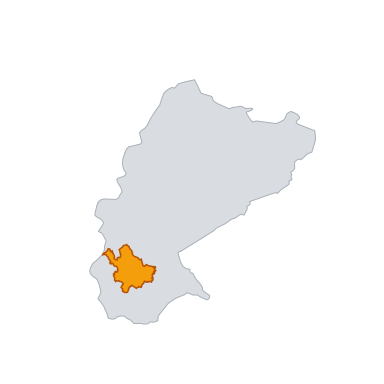 location of Houet, Houet, Burkina Faso, rotated 329°
{"feature_id": "67063806B93880456931202", "entity_name": "Houet", "entity_type": "district", "adm_level": 2, "iso_a3": "BFA", "parent_name": "Burkina Faso", "parent_adm1": "Houet", "projection": "orthographic", "projection_center": [-4.215, 11.389], "detail": "fine", "context": "in_parent", "style": "filled", "palette": "amber", "viewbox_px": 384, "rotation_deg": 329, "n_neighbors": 0, "source": "geoboundaries", "source_scale": "gbopen_adm2", "svg_char_len": 8283}
<svg xmlns="http://www.w3.org/2000/svg" viewBox="0 0 384 384"><g transform="rotate(329 192 192)"><path d="M278.1,235.4L269.2,235.9L266.0,236.9L264.0,237.0L264.0,236.1L263.7,235.7L252.4,233.1L244.5,231.6L236.5,229.9L236.1,231.6L234.9,232.7L233.2,232.8L232.0,232.5L231.2,233.9L229.9,235.6L228.1,236.5L226.3,237.6L225.3,238.5L224.5,238.5L222.7,236.4L220.2,236.2L215.7,236.6L213.6,236.0L210.8,235.7L204.2,236.3L193.7,235.5L192.0,236.0L191.5,236.4L181.1,236.6L169.6,236.8L159.9,236.9L151.5,237.1L151.5,236.7L148.8,236.6L148.5,237.4L146.1,246.2L145.9,251.0L147.2,254.0L148.6,255.9L150.2,256.7L150.4,257.7L149.1,259.1L149.2,260.5L150.7,262.0L151.1,263.5L150.4,265.1L150.6,269.0L151.7,275.1L151.8,279.1L150.7,280.9L151.2,284.0L153.3,288.4L153.7,290.3L153.0,291.1L151.2,292.3L149.5,292.3L147.4,289.6L146.5,288.4L144.9,285.8L143.5,283.0L141.6,281.9L139.7,280.8L137.4,277.3L135.2,275.7L132.9,276.2L129.6,275.6L122.8,274.7L115.5,275.0L112.4,275.8L109.5,277.0L101.9,279.8L98.9,281.2L96.6,284.6L94.0,284.5L91.4,283.4L89.8,281.9L86.4,282.2L83.0,280.7L79.8,277.7L77.4,276.7L74.4,274.5L73.5,270.4L71.6,267.5L69.9,263.5L67.3,261.7L64.2,260.7L60.1,260.9L57.3,259.3L55.2,256.9L55.7,254.9L56.7,252.0L56.8,249.2L57.5,244.7L57.1,239.0L56.4,235.1L58.7,233.5L61.4,232.0L63.0,229.3L64.8,223.3L65.5,218.2L65.0,216.2L64.1,214.7L63.4,212.5L63.0,209.7L63.5,207.3L65.5,205.1L68.1,203.3L69.8,202.4L74.6,201.5L80.5,200.2L83.9,198.6L86.4,197.1L87.8,195.8L89.2,193.3L91.5,191.3L93.3,189.4L93.5,183.9L93.5,180.7L92.2,179.0L91.5,177.5L100.3,173.2L100.3,170.2L99.1,166.8L97.4,164.1L96.8,161.7L99.2,159.0L101.3,156.9L102.9,155.1L106.3,152.4L109.9,151.7L113.1,152.7L122.7,159.0L124.4,159.4L126.4,159.0L128.9,157.3L132.1,156.0L133.3,151.7L133.2,145.5L133.9,142.6L135.6,142.1L141.1,143.3L142.6,143.3L144.2,142.9L145.3,141.8L145.2,139.8L145.0,138.0L146.7,132.2L150.0,127.8L156.5,122.4L158.6,121.3L161.0,120.7L172.8,124.4L174.7,123.4L177.5,114.1L180.7,113.2L184.5,113.0L187.0,112.2L188.3,111.6L193.8,108.0L203.6,103.1L208.9,101.0L209.9,100.2L213.7,96.8L218.7,92.9L221.9,92.0L226.3,91.7L229.1,92.3L229.9,93.4L230.8,93.9L236.5,92.2L244.9,94.7L252.1,97.2L251.7,98.9L251.7,101.8L251.2,106.4L250.6,111.9L253.6,115.4L257.2,119.2L258.2,120.6L257.3,124.4L258.0,126.6L260.0,130.3L263.3,134.9L266.6,139.7L268.9,140.3L271.1,140.6L272.4,141.5L274.4,142.3L276.3,142.8L278.0,143.8L279.1,144.8L280.5,147.8L284.3,149.7L286.9,151.6L285.9,152.6L282.6,152.2L279.6,151.4L279.2,152.9L279.2,158.3L279.8,162.8L280.5,163.4L283.6,164.2L291.0,170.0L297.7,175.4L299.9,176.8L303.6,177.3L307.7,177.5L309.4,176.9L313.3,174.0L315.4,173.7L317.3,173.7L318.4,174.1L320.3,176.4L322.2,179.8L322.8,182.4L322.6,183.7L322.0,184.3L318.8,185.0L317.4,185.6L317.1,186.3L317.6,188.0L318.3,189.1L322.0,194.0L327.2,200.7L328.8,202.4L328.0,204.4L325.5,209.7L323.6,212.0L315.2,219.6L310.9,218.8L302.0,220.5L300.7,218.8L298.6,218.6L296.0,219.0L295.1,219.6L294.8,220.4L293.9,221.4L292.4,224.4L291.1,225.2L289.5,225.7L287.6,225.7L286.5,226.1L286.5,227.5L286.2,228.8L284.9,229.5L284.3,230.9L284.5,232.3L283.7,233.0L282.0,232.7L281.0,232.3L280.1,234.1L279.0,235.4L278.1,235.4Z" fill="#d9dde1" stroke="#a8b0b8" stroke-width="1"/><path d="M109.0,203.5L108.1,203.4L107.3,203.1L106.4,202.8L105.3,202.7L105.0,202.7L104.8,202.8L104.3,203.3L104.1,203.4L101.8,203.6L99.9,203.9L99.5,206.0L99.4,206.4L99.0,206.9L98.9,207.8L99.0,208.2L98.9,208.2L98.9,208.4L98.8,208.5L98.6,208.8L98.4,208.9L98.3,209.2L98.2,209.2L98.1,209.6L98.1,209.8L97.8,210.3L97.4,210.5L96.9,210.9L96.6,210.9L96.4,211.1L96.2,211.1L96.0,210.8L95.8,210.5L95.7,210.3L95.4,210.3L95.1,210.1L94.7,210.1L94.3,210.0L94.0,210.0L93.8,210.2L93.6,210.7L93.3,210.9L93.0,211.3L92.8,211.6L92.0,211.0L91.4,210.5L91.3,210.2L91.3,209.9L91.1,208.9L91.1,208.5L91.2,208.4L91.3,208.4L91.5,208.3L91.8,208.0L92.2,207.8L92.3,207.6L92.5,206.7L92.6,205.6L92.6,204.7L92.7,204.4L92.9,204.0L92.8,203.9L92.5,203.7L92.8,203.1L92.7,202.7L92.5,202.4L93.0,202.2L93.3,201.4L93.0,201.3L92.5,201.1L92.1,201.2L91.6,201.2L91.5,200.9L91.7,200.3L91.7,200.0L92.0,199.5L92.2,198.9L92.1,198.6L91.8,198.1L91.6,198.0L90.9,197.5L90.4,197.7L90.1,198.2L89.5,198.7L88.7,198.7L88.2,198.7L87.9,198.8L87.1,199.3L86.3,199.3L86.1,199.3L85.8,199.3L85.6,199.1L85.3,199.4L85.0,199.4L84.5,199.3L84.0,199.3L83.7,199.5L83.3,199.9L83.7,200.0L84.1,200.2L84.6,200.5L85.7,201.0L85.9,201.3L85.9,201.9L86.5,204.8L86.1,207.4L86.3,208.3L86.6,209.5L86.3,209.8L86.2,210.2L85.2,210.1L85.1,210.5L85.1,211.7L85.2,211.8L87.0,212.2L87.3,212.5L87.4,212.8L87.2,213.5L87.2,214.0L87.2,215.0L87.3,215.4L87.7,215.9L88.9,216.7L89.0,216.8L89.1,217.1L88.9,218.5L89.0,219.4L88.6,220.3L88.1,220.4L87.9,220.6L87.8,221.0L87.8,221.4L86.8,222.0L86.7,222.0L86.3,221.8L86.2,221.3L86.0,221.2L85.9,220.9L85.6,220.8L85.3,220.6L85.0,220.8L85.0,221.1L84.9,221.0L84.2,221.2L84.0,221.5L83.8,221.6L83.6,221.8L83.4,221.8L82.9,221.9L82.9,222.1L82.9,222.3L82.8,222.2L82.8,222.4L82.6,222.4L82.6,222.6L82.3,222.7L82.4,222.8L82.3,223.1L82.1,223.1L81.8,223.4L81.7,223.5L81.5,224.1L81.5,225.3L81.5,225.6L80.8,227.0L80.2,227.7L80.3,228.4L80.8,228.7L80.9,229.2L81.1,229.4L81.0,229.5L81.5,229.5L81.7,229.4L82.7,230.3L83.2,230.3L83.7,230.5L83.9,230.7L83.9,231.1L83.9,231.4L84.4,231.9L84.8,232.1L85.2,232.6L85.8,234.1L85.7,234.8L85.8,235.3L85.6,235.5L85.2,235.7L84.6,235.6L84.5,235.8L84.2,236.1L83.9,236.4L83.0,236.6L82.5,236.8L82.1,237.2L82.1,237.9L82.6,239.2L82.6,239.5L82.2,240.1L81.7,240.3L81.7,240.7L81.5,241.5L81.9,241.6L82.0,241.9L81.9,242.2L82.5,242.8L82.6,243.2L82.5,243.4L82.8,243.7L83.0,243.8L83.6,243.9L84.0,244.2L84.2,244.5L84.3,244.6L85.0,244.6L85.3,244.5L85.6,244.4L86.8,243.3L87.8,242.8L87.9,242.6L87.8,242.3L88.2,241.9L88.8,241.7L89.4,241.3L89.9,241.3L90.3,241.5L91.0,241.2L91.4,241.4L91.5,241.2L91.8,241.0L92.2,241.1L92.5,241.2L94.6,245.7L94.7,246.0L94.8,246.0L95.8,245.7L96.5,245.9L96.9,246.0L97.2,245.8L97.4,246.0L98.0,246.0L98.1,245.9L98.2,246.0L98.4,246.7L98.6,247.0L99.1,247.4L99.3,247.3L99.5,247.4L99.9,246.9L100.1,246.8L100.4,246.9L100.6,246.6L100.9,245.9L101.0,245.8L101.4,245.7L102.6,245.6L102.8,245.4L103.4,245.4L103.7,245.0L104.0,245.0L104.3,244.8L104.3,244.7L104.5,244.5L104.9,244.3L105.1,244.0L105.3,243.9L105.5,244.1L105.4,244.2L105.6,244.4L105.9,245.0L106.0,245.1L106.1,245.3L106.4,245.7L106.9,246.0L107.1,245.9L107.1,246.1L107.4,246.1L107.4,245.9L107.5,245.9L107.6,246.2L107.9,246.4L108.1,246.3L108.4,246.3L108.6,246.8L109.1,246.9L109.3,246.8L110.0,246.9L110.1,247.1L110.3,247.4L110.6,247.5L110.9,247.7L110.8,248.0L110.7,248.2L110.8,248.4L111.1,248.3L111.2,247.7L111.6,247.7L111.9,247.4L112.1,247.4L112.5,247.3L112.9,247.4L113.0,247.1L113.4,246.9L113.4,246.6L113.2,246.4L113.3,246.2L113.6,246.2L113.8,246.3L114.0,246.0L113.9,246.0L113.7,246.1L113.5,245.9L113.8,245.6L113.6,245.3L113.5,245.2L113.9,245.2L114.1,245.0L114.3,244.8L114.4,244.7L114.2,244.6L114.2,244.4L114.5,244.0L114.8,243.5L115.3,242.9L115.2,242.6L115.3,242.4L115.5,242.4L115.6,242.2L115.9,241.9L116.1,242.2L116.6,242.0L116.8,242.0L116.8,242.4L116.9,242.6L117.4,242.6L117.5,242.5L117.9,242.5L118.0,242.4L118.2,242.2L117.8,241.7L117.6,241.7L117.4,241.4L117.5,241.3L117.8,241.4L118.0,241.2L117.8,240.8L117.9,240.7L118.1,240.6L118.6,241.2L118.8,240.6L119.0,240.4L119.2,240.5L119.2,240.8L119.4,240.9L119.6,240.9L119.6,240.5L119.9,240.5L120.2,240.7L120.5,240.6L120.3,240.3L120.4,240.1L120.3,239.7L120.2,239.5L120.0,239.9L120.0,239.7L119.8,239.5L119.8,239.3L119.9,239.2L120.0,239.3L120.1,239.1L120.2,238.9L120.4,238.5L120.4,238.2L120.4,237.8L120.6,238.0L120.8,238.0L121.2,238.1L121.4,238.2L121.5,238.1L121.6,237.5L121.9,237.6L122.0,237.1L121.8,237.0L121.4,237.1L121.3,236.8L121.4,236.7L121.0,236.4L120.8,236.2L120.6,236.3L120.1,236.0L119.8,236.0L119.4,235.2L119.2,235.0L118.8,234.6L118.1,234.1L117.9,234.1L117.7,233.9L117.7,233.7L117.4,233.5L117.3,233.4L117.0,233.0L116.9,232.8L116.6,232.6L116.4,232.1L115.9,231.6L115.9,231.4L115.7,231.3L115.7,231.1L115.6,230.9L115.2,230.9L115.1,230.6L114.9,230.7L114.5,230.8L114.1,230.9L114.0,231.0L113.8,231.0L113.7,231.2L113.2,231.3L112.6,231.1L112.5,230.6L112.2,230.3L112.2,229.4L113.9,223.5L112.5,223.5L111.7,220.3L109.4,217.5L109.0,216.3L108.9,213.8L109.8,213.2L109.7,212.2L110.1,211.2L109.9,210.2L109.7,209.9L109.5,209.0L109.5,208.9L109.6,206.9L109.7,206.7L109.9,206.6L109.6,205.8L109.6,205.6L109.4,205.4L109.1,204.6L108.8,204.2L109.0,203.5Z" fill="#f59e0b" stroke="#b45309" stroke-width="1.5"/></g></svg>